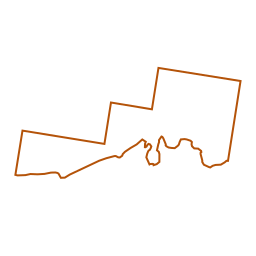 Alger, Michigan, United States of America, rotated 189°
{"feature_id": "52423323B20180177095300", "entity_name": "Alger", "entity_type": "district", "adm_level": 2, "iso_a3": "USA", "parent_name": "United States of America", "parent_adm1": "Michigan", "projection": "mercator", "projection_center": [-86.632, 46.425], "detail": "fine", "context": "isolated", "style": "outline", "palette": "amber", "viewbox_px": 256, "rotation_deg": 189, "n_neighbors": 0, "source": "geoboundaries", "source_scale": "gbopen_adm2", "svg_char_len": 1242}
<svg xmlns="http://www.w3.org/2000/svg" viewBox="0 0 256 256"><g transform="rotate(189 128 128)"><path d="M24.1,111.2L24.2,192.0L107.3,192.1L107.3,150.2L148.8,150.5L148.8,108.6L231.8,108.9L231.9,64.1L229.7,63.9L222.0,65.4L217.1,67.3L210.2,68.1L203.3,69.6L197.1,71.9L192.8,72.7L190.8,72.6L189.5,72.1L186.5,68.3L182.6,69.1L178.2,72.9L151.3,91.2L144.6,94.8L136.9,98.2L135.7,98.4L133.1,97.5L131.5,97.6L129.4,99.7L129.1,101.4L127.3,104.0L122.3,108.7L116.9,113.1L112.1,118.9L108.3,117.2L108.7,115.2L108.3,111.7L107.8,111.7L106.8,112.6L106.4,113.9L105.3,115.5L103.8,115.3L102.1,113.5L102.3,112.0L103.0,109.9L104.1,108.9L104.5,107.9L105.0,105.7L105.3,101.9L101.1,95.4L100.5,95.9L98.1,96.4L97.3,96.3L96.9,95.3L94.0,96.8L91.7,99.4L92.9,107.2L93.9,109.3L95.9,110.5L95.5,116.9L95.1,118.9L95.5,120.9L93.6,124.8L92.7,124.6L91.5,123.3L88.1,117.7L88.1,116.8L87.3,116.0L84.9,115.1L81.9,115.1L78.7,115.4L76.1,118.1L75.2,119.5L74.8,122.2L74.0,125.0L70.4,125.9L68.3,125.9L64.2,125.2L62.7,124.1L62.7,121.9L61.9,120.0L59.4,118.2L55.5,118.6L52.2,116.8L51.8,115.7L52.4,115.1L52.3,113.8L49.6,107.7L49.3,106.0L47.3,103.6L42.0,102.1L40.6,101.9L38.5,103.9L35.8,105.2L30.6,106.3L27.1,109.2L25.6,111.0L24.1,111.2Z" fill="none" stroke="#b45309" stroke-width="2"/></g></svg>